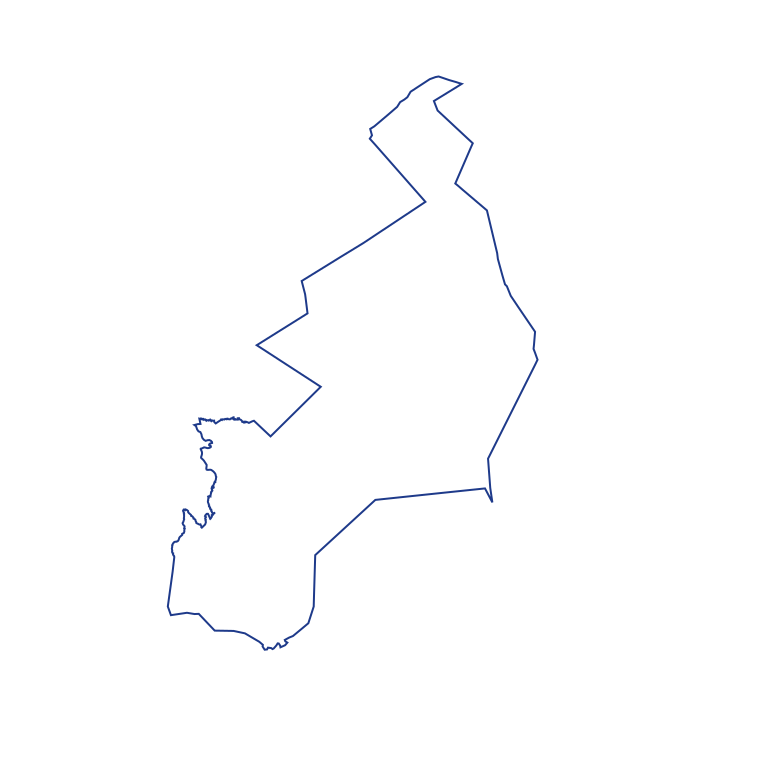 Magdalena Tequisistlán, Oaxaca, Mexico (Robinson projection), rotated 27°
{"feature_id": "50627088B13357579545804", "entity_name": "Magdalena Tequisistlán", "entity_type": "district", "adm_level": 2, "iso_a3": "MEX", "parent_name": "Mexico", "parent_adm1": "Oaxaca", "projection": "robinson", "projection_center": [-95.732, 16.362], "detail": "fine", "context": "isolated", "style": "outline", "palette": "blue", "viewbox_px": 768, "rotation_deg": 27, "n_neighbors": 0, "source": "geoboundaries", "source_scale": "gbopen_adm2", "svg_char_len": 5904}
<svg xmlns="http://www.w3.org/2000/svg" viewBox="0 0 768 768"><g transform="rotate(27 384 384)"><path d="M299.1,686.7L312.3,677.3L319.6,675.0L323.3,672.9L345.1,680.6L362.1,672.3L373.3,669.3L389.9,670.3L394.5,671.4L394.6,671.7L395.0,673.0L398.3,674.9L400.3,673.6L400.3,671.6L403.4,670.5L405.0,670.8L405.8,669.7L406.8,665.8L407.0,663.4L408.0,663.0L410.2,664.2L411.3,665.6L414.5,661.6L415.3,658.3L412.9,658.1L411.8,657.1L414.6,653.0L417.3,649.9L420.5,642.5L425.2,631.5L422.4,614.2L417.6,604.1L400.4,567.7L428.9,491.2L484.2,455.3L521.4,431.2L534.3,440.3L525.8,428.3L510.6,403.3L510.6,401.1L509.9,298.2L509.8,294.0L509.8,292.9L509.8,292.7L504.4,287.6L501.3,284.8L499.9,281.1L494.9,268.9L468.2,254.2L456.9,247.9L449.1,241.1L446.6,240.3L440.2,233.5L428.7,220.9L425.4,216.0L396.9,182.6L366.6,175.4L358.9,173.5L356.5,173.0L354.0,133.3L353.8,129.2L346.0,127.0L307.6,116.0L300.0,109.2L314.3,85.8L317.0,81.3L314.1,81.8L310.9,82.3L304.2,83.6L293.1,85.2L292.3,85.8L290.6,87.1L286.4,91.6L275.0,111.5L274.6,117.9L273.0,121.3L270.4,125.5L269.9,131.1L265.7,141.4L258.4,158.8L255.9,163.0L260.4,167.9L260.0,171.9L267.3,174.7L338.2,202.9L301.6,267.8L287.9,290.1L263.9,329.6L271.6,338.3L273.0,339.9L274.8,342.5L283.8,355.8L253.0,407.2L257.7,407.7L328.9,415.2L306.7,482.2L284.8,475.8L283.6,477.0L281.3,480.0L280.0,480.0L278.0,480.3L277.2,480.7L277.9,481.1L276.8,482.0L276.1,481.9L274.8,482.1L274.4,481.5L273.1,481.0L272.2,480.9L271.1,481.1L270.8,480.9L270.3,480.3L269.3,480.9L269.6,481.4L269.9,482.1L268.9,482.6L267.1,482.8L267.3,483.5L266.6,483.8L265.8,483.7L265.7,482.8L265.1,482.0L264.3,482.8L263.7,484.2L263.1,484.4L262.8,485.4L261.9,485.8L260.9,486.0L260.4,486.4L260.2,486.0L259.8,486.2L259.4,487.0L258.3,487.2L257.8,488.2L257.0,488.4L256.2,488.8L256.0,489.6L255.0,489.5L254.9,490.3L254.3,491.4L253.4,492.9L252.0,495.5L251.7,495.4L251.0,495.3L250.0,494.9L249.3,493.8L248.9,494.1L248.4,494.3L247.9,494.3L247.5,494.8L247.2,495.0L247.0,495.5L246.5,495.3L246.1,494.7L245.4,494.6L245.4,495.4L244.5,495.6L244.4,496.1L243.9,496.0L243.5,496.2L243.0,496.7L242.5,496.7L242.3,497.4L241.7,497.2L241.7,496.8L240.9,496.7L240.3,496.9L239.8,497.7L239.2,497.5L238.9,497.7L238.6,497.2L238.0,497.5L238.0,498.0L237.1,498.4L236.7,497.8L236.2,498.0L235.9,498.5L235.2,498.7L238.6,502.9L237.5,503.6L236.5,504.1L233.7,506.6L235.6,506.9L236.9,508.1L238.1,509.3L240.2,510.4L242.2,510.2L244.2,511.7L245.4,513.3L246.8,514.6L248.9,515.5L250.9,515.6L252.3,514.2L253.9,513.2L255.6,513.2L257.1,513.8L257.6,514.6L256.6,515.5L255.9,516.3L255.7,517.0L255.7,517.4L255.8,517.7L256.1,518.0L256.4,518.1L256.9,517.9L257.5,517.8L258.0,518.1L258.3,518.7L257.9,519.6L257.1,520.5L256.0,521.2L255.0,521.5L254.1,521.6L253.3,521.9L252.5,522.1L251.9,522.9L251.5,523.4L251.1,523.9L250.7,524.4L250.1,524.8L250.1,525.1L250.5,525.5L251.2,526.0L252.5,527.1L253.2,528.1L253.7,529.3L254.0,530.7L254.2,532.2L254.7,532.9L257.1,533.6L258.4,534.1L262.7,536.6L263.3,537.9L263.7,539.1L264.1,540.1L264.8,540.8L265.3,540.8L266.0,540.5L266.7,540.1L267.5,539.6L268.3,539.2L269.1,539.0L270.7,539.2L272.0,539.5L273.0,539.9L274.1,540.4L274.8,540.9L275.4,541.6L275.9,542.3L276.6,542.9L276.8,543.0L276.9,543.8L277.5,545.3L277.7,546.3L277.7,547.0L277.8,547.4L278.0,547.6L278.3,547.9L278.3,548.1L278.2,548.2L277.8,548.1L277.6,548.0L277.5,548.5L277.6,548.8L277.7,549.3L277.8,549.9L277.9,550.4L277.9,551.2L277.9,551.6L278.1,552.1L277.9,552.4L277.6,552.7L277.5,553.0L277.5,553.3L277.5,553.5L278.0,553.5L278.4,553.5L279.1,553.3L279.3,553.6L279.1,554.0L277.9,554.7L277.7,554.9L277.7,555.2L277.9,555.4L278.2,555.8L278.7,556.0L278.8,556.5L279.2,556.8L279.5,557.0L279.4,557.4L279.1,558.1L279.0,558.8L279.4,559.2L279.3,559.7L279.5,560.0L279.7,560.7L279.8,561.5L280.2,562.3L280.3,562.8L280.4,563.0L280.0,563.1L279.6,563.4L279.1,563.3L278.9,563.5L278.8,563.8L278.4,564.1L278.4,564.3L279.4,564.7L279.6,565.1L279.4,565.7L279.7,566.4L279.9,567.2L280.2,567.5L280.2,568.1L280.6,569.0L281.4,569.8L282.2,570.4L282.7,571.2L283.3,571.4L283.6,572.5L284.0,572.7L284.6,572.7L285.2,573.1L285.5,573.5L285.6,574.0L286.2,574.4L286.6,574.3L287.1,574.3L287.3,574.7L287.6,575.1L287.6,575.5L287.9,575.7L288.4,575.7L288.7,576.1L289.1,576.6L290.0,576.9L290.7,576.7L291.0,576.5L291.1,576.1L291.3,575.9L291.5,576.0L291.4,576.4L291.0,576.9L291.0,577.7L290.9,578.3L290.3,578.5L290.0,579.0L290.3,579.5L290.8,580.2L290.8,580.8L290.6,581.5L290.7,582.3L290.4,583.1L290.2,583.0L289.7,582.4L288.4,581.4L287.5,580.6L287.0,580.2L286.4,579.8L286.1,579.6L285.6,579.8L285.0,580.2L284.9,580.8L284.7,581.0L284.4,582.4L285.1,583.1L285.0,583.4L285.8,583.5L285.8,585.2L286.5,585.7L286.6,586.1L287.0,586.1L287.2,587.0L287.8,587.6L288.1,588.2L288.4,590.4L286.9,594.7L286.2,594.5L286.0,593.8L284.9,593.0L284.2,592.4L284.0,592.6L283.8,592.9L282.4,593.1L281.8,593.0L280.5,593.1L279.8,593.0L279.3,592.2L278.2,591.5L277.7,590.7L277.0,590.4L275.3,590.4L275.0,589.6L273.8,589.2L273.3,588.9L272.1,589.1L271.5,588.3L270.3,588.0L268.5,587.5L267.8,587.2L267.1,586.1L265.8,585.8L264.7,585.8L264.0,585.9L264.0,586.7L262.9,586.6L262.5,586.8L262.5,588.2L263.5,589.1L264.0,589.2L264.3,590.1L264.9,590.4L265.0,590.6L265.1,591.4L265.7,592.1L266.3,593.4L266.6,594.5L267.3,595.1L267.3,595.4L267.4,595.9L267.7,597.5L267.8,598.2L267.7,598.5L267.7,599.4L268.9,600.5L269.8,600.8L270.4,601.1L270.9,601.3L271.2,602.0L271.5,603.4L272.1,603.4L272.2,604.1L272.5,605.1L272.7,605.4L273.0,605.9L273.3,607.5L273.0,608.0L272.2,609.1L272.7,610.1L272.6,610.4L271.6,612.8L271.4,613.8L271.6,614.8L271.7,615.7L271.8,616.5L271.6,617.6L271.3,618.1L270.9,618.3L270.6,618.8L270.1,619.0L268.9,619.9L268.7,621.0L268.4,621.6L268.4,622.6L268.7,623.4L268.4,623.8L269.3,625.4L269.6,626.6L269.7,627.0L270.1,627.5L271.1,628.8L271.1,629.2L271.4,629.6L271.5,629.9L271.9,630.2L271.9,630.3L272.3,630.6L273.0,630.6L273.2,631.4L273.5,631.7L274.2,632.3L274.6,632.3L274.8,632.5L275.2,632.7L275.7,633.4L275.8,633.6L280.8,647.0L292.4,680.4L299.1,686.7Z" fill="none" stroke="#1e3a8a" stroke-width="2"/></g></svg>